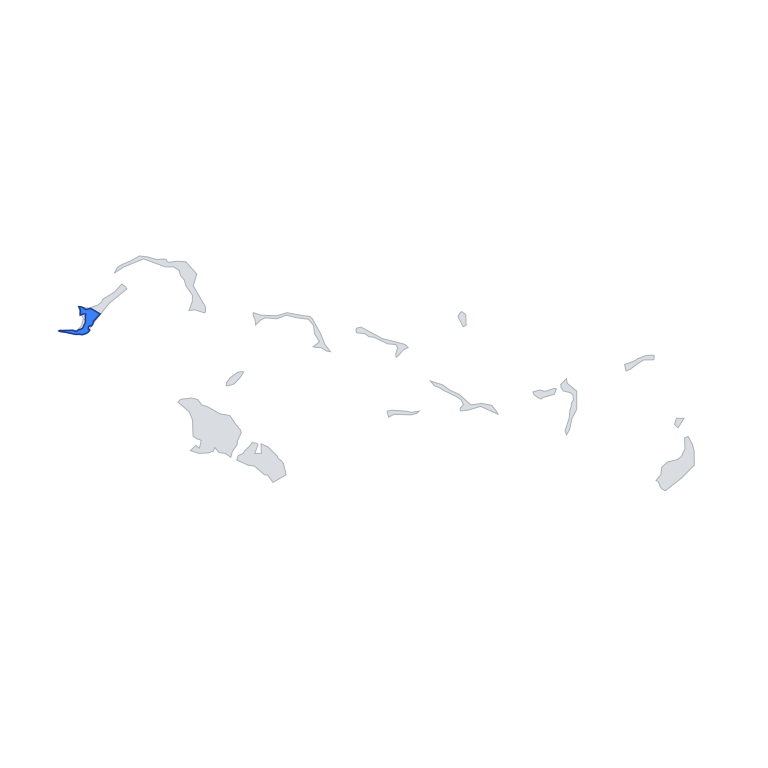 where West Grand Bahama sits in The Bahamas, rotated 326°
{"feature_id": "BHS-5011", "entity_name": "West Grand Bahama", "entity_type": "District", "adm_level": 1, "iso_a3": "BHS", "parent_name": "The Bahamas", "parent_adm1": "", "projection": "orthographic", "projection_center": [-78.67, 26.651], "detail": "fine", "context": "in_parent", "style": "filled", "palette": "blue", "viewbox_px": 768, "rotation_deg": 326, "n_neighbors": 0, "source": "natural_earth", "source_scale": "10m", "svg_char_len": 4147}
<svg xmlns="http://www.w3.org/2000/svg" viewBox="0 0 768 768"><g transform="rotate(326 384 384)"><path d="M238.6,324.0L238.5,334.1L239.3,341.6L238.6,344.3L230.4,349.4L228.3,352.2L220.6,355.1L215.9,359.1L213.6,352.7L209.0,348.7L208.2,342.0L204.8,344.3L199.8,342.9L191.5,337.8L186.3,330.9L193.6,329.7L195.1,334.0L200.8,328.7L199.5,325.9L198.5,325.5L196.6,320.4L205.2,306.7L207.0,298.0L203.1,283.9L206.7,283.0L216.5,287.9L220.9,292.7L221.1,299.4L225.2,304.5L231.2,316.8L238.6,324.0ZM245.4,362.1L245.5,364.0L238.0,369.3L243.5,373.0L248.6,364.8L252.7,371.4L255.1,383.8L254.7,385.9L255.1,387.8L255.9,390.1L256.2,393.6L252.1,404.5L237.0,403.5L236.6,394.3L234.3,392.6L230.7,379.6L226.0,375.4L219.4,364.7L223.2,361.9L228.2,362.8L230.8,361.5L237.8,360.4L242.0,358.9L245.4,362.1ZM605.9,606.6L603.7,612.8L595.9,624.8L577.7,628.4L557.6,629.8L555.9,626.7L555.4,623.9L556.7,619.5L556.5,617.8L555.6,616.1L562.9,614.0L567.6,608.4L575.1,607.2L584.8,610.6L589.9,610.5L597.3,606.0L603.1,596.7L606.8,597.7L605.9,606.6ZM276.7,224.0L275.1,224.8L268.5,216.5L263.3,214.1L271.4,208.2L274.9,203.1L274.7,192.0L276.6,185.9L275.9,180.7L277.6,175.3L275.1,169.3L268.3,164.7L254.6,145.8L233.4,141.4L222.4,141.3L228.4,138.2L234.0,138.5L242.6,140.3L252.9,141.1L259.2,146.6L265.3,153.9L270.7,156.9L273.0,158.7L272.7,160.9L273.6,162.9L280.8,166.3L288.0,171.8L290.3,188.1L280.7,196.0L279.2,219.7L276.7,224.0ZM181.7,156.0L190.7,158.5L195.5,158.2L198.4,156.4L211.7,157.1L222.5,154.5L224.1,159.0L223.9,161.3L201.0,163.5L180.0,170.1L168.4,174.5L163.0,175.0L158.9,172.7L145.0,159.2L148.7,160.6L159.0,168.2L165.3,166.8L171.2,161.8L172.1,158.0L171.3,156.2L173.9,150.2L181.7,156.0ZM320.4,258.1L332.9,267.3L343.5,270.7L355.2,282.2L360.2,286.3L361.1,290.1L359.5,307.5L357.1,318.1L357.7,327.2L354.9,324.6L352.1,318.6L347.6,315.2L346.1,313.5L354.1,312.9L354.6,303.4L358.4,295.9L357.6,288.1L348.2,279.8L341.6,272.3L331.8,270.1L322.6,262.8L317.1,261.9L310.6,263.3L312.9,258.8L314.4,252.9L315.6,251.8L320.4,258.1ZM462.0,470.6L461.6,472.8L451.5,456.5L439.3,452.8L432.2,449.0L433.6,446.7L438.4,445.5L439.1,440.2L436.9,434.6L430.2,423.3L426.5,415.6L424.8,413.9L424.1,407.4L432.0,417.3L435.3,426.2L440.6,434.8L444.4,449.9L454.2,454.8L461.4,461.9L462.0,470.6ZM512.2,525.6L506.9,528.2L508.0,523.9L518.1,516.2L523.6,509.6L526.8,507.2L527.9,505.4L532.3,502.9L534.5,498.7L533.7,495.4L528.8,490.0L528.8,486.0L530.3,483.2L538.2,481.6L536.3,485.9L539.8,497.6L529.7,512.7L520.7,517.6L512.2,525.6ZM423.7,363.1L424.3,367.3L419.2,366.6L411.7,368.5L409.0,368.6L410.6,365.6L415.7,361.6L415.9,357.9L409.4,352.6L401.6,339.4L398.0,336.4L396.2,331.4L389.8,326.1L391.1,323.2L392.4,322.5L396.6,323.8L406.7,342.8L407.3,344.6L423.7,363.1ZM601.1,504.2L605.9,505.1L608.4,504.9L617.3,507.0L622.7,510.2L623.9,511.6L621.2,514.8L612.9,509.3L605.8,508.9L595.9,509.5L591.9,508.6L594.4,502.3L601.1,504.2ZM522.4,482.8L524.2,484.3L519.4,487.8L508.3,484.0L505.8,484.4L503.5,480.1L502.5,476.9L503.0,473.9L509.6,476.0L513.3,480.1L522.4,482.8ZM268.3,298.2L259.8,300.1L253.7,298.4L252.1,297.1L254.7,294.7L260.4,292.8L269.6,292.5L273.7,294.7L274.2,295.7L268.3,298.2ZM398.0,426.2L394.8,426.7L389.1,424.7L375.5,414.8L369.3,414.1L371.3,408.3L376.0,410.2L386.9,418.7L391.1,423.0L398.0,426.2ZM490.6,372.1L484.9,381.3L481.6,380.7L483.1,369.3L487.2,367.4L488.9,367.4L490.6,372.1ZM613.5,580.2L603.4,584.7L602.2,580.0L607.3,575.9L613.5,580.2Z" fill="#d9dde1" stroke="#a8b0b8" stroke-width="1"/><path d="M187.8,167.2L180.9,168.9L179.6,169.2L178.2,169.6L175.9,171.6L174.5,172.0L173.9,172.4L172.8,171.2L171.0,171.2L169.5,173.3L170.3,174.6L169.6,175.2L168.0,175.4L167.3,175.7L164.3,175.4L161.3,174.4L159.5,172.6L156.2,170.6L148.4,162.5L144.9,159.5L144.1,158.2L144.9,158.2L145.6,158.4L146.1,158.8L146.6,159.4L156.2,165.5L158.4,168.5L159.8,168.3L161.0,168.1L163.4,169.1L165.2,169.2L166.9,168.4L168.4,167.3L169.4,166.8L170.3,166.3L170.9,165.9L171.2,165.2L172.1,164.5L172.3,163.4L173.4,162.5L174.3,160.6L175.7,159.7L175.5,158.8L173.7,157.7L170.6,157.1L171.1,156.1L173.2,153.7L173.6,152.7L174.2,149.2L175.6,150.2L176.9,151.8L177.9,153.6L178.2,155.1L179.6,156.0L183.1,157.3L185.2,161.6L187.8,167.2Z" fill="#3b82f6" stroke="#1e3a8a" stroke-width="1.5"/></g></svg>